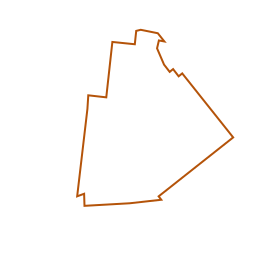 Pulaski, Georgia, United States of America, rotated 231°
{"feature_id": "52423323B9618311815094", "entity_name": "Pulaski", "entity_type": "district", "adm_level": 2, "iso_a3": "USA", "parent_name": "United States of America", "parent_adm1": "Georgia", "projection": "orthographic", "projection_center": [-83.432, 32.254], "detail": "fine", "context": "isolated", "style": "outline", "palette": "amber", "viewbox_px": 256, "rotation_deg": 231, "n_neighbors": 0, "source": "geoboundaries", "source_scale": "gbopen_adm2", "svg_char_len": 444}
<svg xmlns="http://www.w3.org/2000/svg" viewBox="0 0 256 256"><g transform="rotate(231 128 128)"><path d="M51.3,108.7L55.6,108.8L54.5,203.8L136.3,204.5L136.3,199.9L145.4,200.1L145.4,195.7L154.6,195.9L171.6,200.7L176.6,207.1L172.4,210.7L182.9,210.8L196.3,199.7L198.3,195.5L188.8,186.0L204.7,170.0L165.5,130.4L178.4,117.7L168.4,108.5L106.9,45.5L104.5,52.5L94.9,45.2L68.4,82.0L51.3,108.7Z" fill="none" stroke="#b45309" stroke-width="2"/></g></svg>